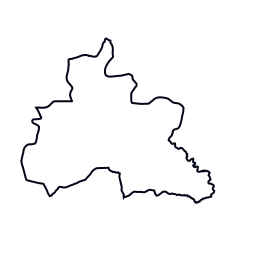 Kadiogo, Kadiogo, Burkina Faso, rotated 12°
{"feature_id": "67063806B99988316808523", "entity_name": "Kadiogo", "entity_type": "district", "adm_level": 2, "iso_a3": "BFA", "parent_name": "Burkina Faso", "parent_adm1": "Kadiogo", "projection": "mercator", "projection_center": [-1.417, 12.368], "detail": "fine", "context": "isolated", "style": "outline", "palette": "ink", "viewbox_px": 256, "rotation_deg": 12, "n_neighbors": 0, "source": "geoboundaries", "source_scale": "gbopen_adm2", "svg_char_len": 5853}
<svg xmlns="http://www.w3.org/2000/svg" viewBox="0 0 256 256"><g transform="rotate(12 128 128)"><path d="M30.5,182.6L31.2,184.0L31.6,185.1L32.6,187.0L33.7,188.9L38.1,197.6L38.6,198.8L39.6,199.9L40.0,200.1L40.5,200.1L49.3,200.4L52.2,200.4L56.9,200.2L59.1,202.7L61.7,206.0L63.3,208.5L64.7,209.9L65.5,210.9L66.1,210.7L67.3,209.9L67.2,209.5L68.0,208.3L69.2,206.9L70.1,205.5L70.4,204.4L71.5,203.0L72.0,202.0L72.3,200.9L72.8,200.2L73.3,199.9L74.8,199.5L76.5,199.6L78.1,199.4L78.8,199.3L79.8,198.8L81.7,197.6L84.8,195.5L86.3,194.6L87.6,193.6L89.4,192.6L90.4,191.6L92.0,190.3L96.7,187.7L97.4,186.8L98.7,184.4L100.1,182.2L100.9,180.7L101.9,178.0L103.2,176.1L104.3,174.9L105.6,174.0L107.3,173.4L113.9,171.8L116.0,171.4L117.1,170.9L117.5,171.3L118.3,172.6L119.0,173.1L120.1,173.6L121.5,173.8L122.3,174.2L123.3,173.8L123.7,173.8L125.0,173.9L125.6,174.1L126.5,174.1L127.5,173.4L127.9,173.6L128.5,174.0L129.3,174.0L129.5,174.5L129.5,176.6L129.9,178.1L133.9,186.5L134.4,188.4L134.5,189.8L134.8,190.5L135.5,191.5L137.7,193.9L138.0,195.0L137.9,195.8L138.2,196.6L138.3,196.3L138.9,196.3L139.4,196.2L142.8,194.0L143.8,192.9L145.7,190.4L146.4,189.7L147.2,189.1L147.8,188.9L150.5,188.6L154.6,187.7L155.6,187.8L157.3,187.4L158.1,187.0L159.8,185.5L161.4,184.2L162.4,183.9L166.8,183.7L167.1,184.7L167.7,185.6L168.0,185.9L168.5,187.0L170.0,188.2L170.3,188.0L171.0,187.8L172.1,187.0L175.5,183.1L177.6,182.4L179.1,182.8L181.2,183.8L183.5,183.7L184.5,183.0L185.3,183.1L186.8,182.9L187.8,182.9L189.2,183.1L189.7,183.4L190.1,183.1L191.6,182.8L192.1,182.4L193.2,182.7L195.0,182.7L195.8,182.5L197.1,181.9L197.8,182.2L199.8,181.6L199.8,181.9L200.3,182.2L201.2,182.5L202.0,182.0L202.4,182.4L203.7,182.8L204.1,183.2L205.0,183.3L205.5,183.7L205.9,183.8L206.7,183.7L207.4,184.6L207.9,184.8L208.3,185.5L208.6,186.2L208.9,186.2L209.9,187.0L210.3,186.6L210.7,186.6L210.7,186.4L211.1,186.4L211.9,185.7L212.3,185.8L212.6,185.6L213.2,184.6L213.5,184.7L213.6,184.1L214.7,182.8L215.7,182.4L215.9,182.1L215.8,181.9L215.9,181.5L216.5,181.2L217.8,180.9L218.2,180.4L218.9,180.0L220.7,179.3L221.7,178.8L222.2,178.7L222.7,178.3L223.5,177.9L223.7,177.6L223.4,177.1L223.1,176.3L223.3,175.7L224.2,174.6L225.1,173.8L225.3,173.5L225.5,172.9L225.5,171.9L225.4,171.6L223.6,170.2L223.5,169.1L223.6,168.6L224.0,167.9L224.1,167.3L223.9,166.8L223.5,166.1L223.2,165.8L221.9,165.7L221.2,165.4L220.5,165.3L218.7,165.5L218.3,165.3L217.9,164.2L217.9,163.3L219.0,161.9L219.4,161.1L217.9,158.6L217.3,158.0L216.7,157.6L217.0,155.2L217.1,154.7L216.2,154.1L215.6,153.9L214.3,153.6L213.5,153.9L213.1,153.7L212.7,153.6L211.7,154.3L211.3,154.3L210.8,154.6L210.7,154.0L208.6,155.1L207.3,155.9L206.1,156.2L205.1,155.9L204.5,155.3L204.7,152.1L204.5,151.7L203.7,151.3L202.9,151.6L202.4,151.6L202.2,151.7L201.9,152.3L201.3,152.4L200.7,152.3L199.9,151.7L199.5,151.2L199.8,150.7L200.2,150.4L200.6,150.2L200.8,149.8L201.0,149.5L201.1,148.9L201.0,148.6L200.9,148.2L199.2,148.1L198.8,147.7L198.6,147.2L198.5,145.4L198.1,144.5L197.4,144.7L195.9,145.8L195.7,146.4L195.2,147.3L193.6,147.5L192.3,146.5L191.3,145.0L191.6,144.3L191.9,143.7L192.0,143.5L191.5,143.0L190.9,141.7L191.4,141.3L191.2,141.0L190.5,140.6L189.8,139.6L189.3,139.1L188.7,139.0L188.0,138.4L187.0,138.0L185.7,136.8L184.5,136.4L183.7,136.4L183.1,136.9L182.4,137.7L181.7,137.9L180.9,137.7L180.4,137.3L179.0,137.1L178.0,136.2L177.8,135.8L177.6,135.7L177.6,134.6L177.1,133.3L176.1,133.6L175.4,134.1L174.7,134.3L174.2,134.2L173.7,134.0L173.2,133.5L173.1,133.2L172.4,132.8L172.0,132.4L171.2,132.1L170.3,131.5L170.5,129.7L170.9,128.5L172.2,126.5L172.4,126.0L172.4,124.6L172.8,123.1L172.5,122.7L172.7,121.1L172.9,120.8L173.1,120.7L173.2,120.4L174.1,119.5L175.6,118.9L176.5,118.4L177.3,117.5L177.8,116.7L178.2,115.2L178.5,112.8L178.7,110.1L178.6,108.1L178.5,104.8L178.7,101.1L178.1,96.7L177.1,95.6L175.8,94.8L173.5,93.7L172.3,93.5L167.4,93.8L165.9,93.3L163.5,92.1L161.6,91.2L160.9,91.0L159.1,90.8L157.6,90.8L153.4,91.2L151.2,91.8L149.9,92.5L148.5,93.4L147.1,95.1L143.4,99.6L142.4,100.1L137.6,101.3L133.7,102.0L132.1,102.1L128.6,102.5L127.5,102.5L126.9,102.6L126.5,102.3L126.1,101.7L125.6,100.8L124.1,94.5L124.1,93.5L124.2,92.7L126.1,87.8L127.5,85.1L127.5,84.0L127.1,83.0L126.2,82.2L123.5,80.2L122.6,79.4L122.1,78.3L121.7,76.8L121.5,76.6L121.0,76.3L120.5,75.5L118.5,75.3L118.3,75.1L117.3,75.0L110.8,78.1L108.0,78.9L101.1,81.2L99.7,81.5L98.6,81.7L96.7,81.5L95.5,81.0L95.1,80.6L94.2,79.2L93.7,77.7L93.4,75.7L93.5,73.6L94.1,70.7L95.5,67.0L98.4,62.0L98.5,61.3L97.8,59.1L97.2,57.0L97.0,54.9L96.3,52.4L95.6,51.0L94.7,49.7L93.0,48.1L92.9,47.6L92.7,47.3L92.6,46.2L90.5,46.0L89.9,45.6L88.6,45.2L87.9,45.1L87.6,45.1L87.2,45.9L87.0,46.7L87.3,47.9L87.2,48.6L86.7,48.8L86.2,50.0L85.8,51.6L85.9,53.2L85.9,54.3L85.2,56.7L85.0,57.9L82.8,63.8L82.3,64.4L80.8,65.1L79.8,65.4L78.6,65.4L77.3,65.3L75.1,65.4L74.9,65.7L74.2,65.3L73.5,65.4L72.5,65.2L71.0,65.5L69.7,65.9L68.1,66.5L66.4,67.5L64.2,69.1L60.7,70.9L59.0,71.9L56.7,72.7L55.8,73.3L55.6,73.5L56.4,76.7L56.9,78.3L57.0,80.5L57.5,84.1L57.3,87.4L57.3,89.5L57.4,91.3L57.8,92.7L59.0,94.8L60.4,96.2L62.6,97.7L64.4,99.2L65.0,99.9L65.4,101.1L65.2,102.0L64.5,104.0L64.3,106.3L64.4,107.6L65.0,109.2L67.1,112.6L67.6,113.4L67.3,113.6L65.4,114.0L60.0,115.1L57.4,115.7L51.5,116.9L50.2,117.4L49.6,117.7L49.1,118.3L47.8,120.2L47.2,121.4L46.0,122.8L45.2,123.8L44.2,124.5L42.2,125.4L40.1,126.0L35.7,126.7L33.9,127.2L34.7,128.1L35.4,128.6L37.2,130.7L40.0,134.6L40.8,135.4L41.0,136.0L41.0,136.3L40.9,136.7L40.2,137.2L38.4,138.0L34.3,139.0L33.4,139.6L32.9,140.4L32.9,141.2L33.1,141.8L33.4,142.3L34.3,142.8L35.4,143.2L36.6,143.4L38.1,143.8L40.1,144.7L40.4,145.0L40.8,145.6L40.8,146.5L41.1,147.8L41.1,149.3L40.9,151.8L40.6,154.2L41.0,157.7L40.8,160.9L40.5,162.0L40.1,162.6L39.2,163.2L37.2,163.9L35.8,164.3L34.7,164.5L33.6,165.0L32.8,165.7L31.8,167.0L31.2,168.0L30.8,169.0L30.5,171.2L30.7,174.7L30.5,176.6L30.5,182.6Z" fill="none" stroke="#020617" stroke-width="2"/></g></svg>